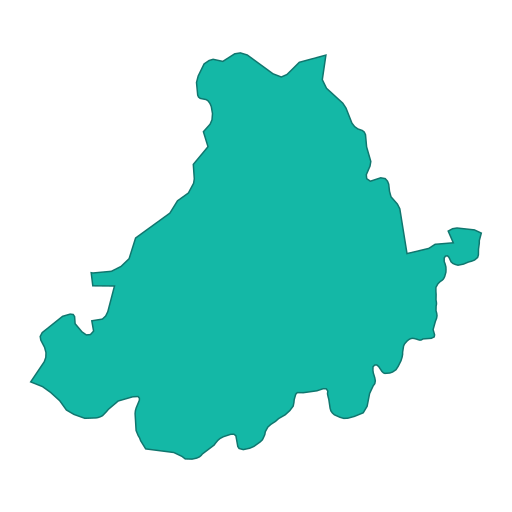 the Autonomous Community of Ávila
{"feature_id": "ESP-5806", "entity_name": "Ávila", "entity_type": "Autonomous Community", "adm_level": 1, "iso_a3": "ESP", "parent_name": "Spain", "parent_adm1": "", "projection": "mercator", "projection_center": [-4.824, 40.625], "detail": "fine", "context": "isolated", "style": "filled", "palette": "teal", "viewbox_px": 512, "rotation_deg": 0, "n_neighbors": 0, "source": "natural_earth", "source_scale": "10m", "svg_char_len": 3119}
<svg xmlns="http://www.w3.org/2000/svg" viewBox="0 0 512 512"><path d="M343.8,418.4L340.0,417.3L334.4,414.8L332.4,413.0L330.9,410.9L330.1,408.2L328.8,399.3L328.1,396.7L327.5,393.8L327.8,391.1L326.3,388.8L323.2,388.7L316.9,390.8L303.3,392.7L297.3,392.6L295.7,394.3L294.2,399.6L293.9,402.6L293.2,406.1L289.8,410.6L285.2,414.8L278.7,418.5L275.7,421.2L270.8,424.4L267.8,427.1L265.3,431.7L264.8,434.6L263.6,437.3L262.4,439.8L260.2,441.9L253.9,446.4L249.8,448.2L243.3,449.6L239.1,448.5L237.8,446.5L235.9,435.8L233.9,434.2L230.7,434.3L223.4,436.7L220.0,438.5L217.8,440.4L215.3,443.4L214.2,445.0L202.3,454.0L201.2,455.4L199.4,456.9L196.7,458.1L192.1,459.1L185.2,458.9L182.0,456.4L173.8,452.5L145.7,448.9L140.7,440.8L139.6,437.9L138.2,435.6L136.1,430.5L135.1,413.6L135.4,410.7L136.2,407.9L139.4,400.2L139.4,398.1L138.0,396.5L132.7,396.8L118.2,401.0L108.4,409.3L106.4,411.7L102.5,415.7L100.2,416.8L97.8,417.6L96.0,417.9L84.8,418.3L73.9,414.4L66.4,410.0L59.7,400.7L50.6,392.4L42.5,386.6L30.7,381.9L44.3,361.7L45.8,357.4L46.0,352.7L44.6,347.4L40.8,340.1L40.2,336.5L42.2,332.6L62.6,316.3L70.2,314.1L73.2,314.5L74.6,316.6L75.1,323.7L82.0,331.9L86.3,334.9L90.4,334.6L93.6,331.1L91.8,320.8L102.4,319.1L105.7,316.0L107.8,311.7L114.5,286.0L92.8,285.8L91.2,272.7L92.9,273.0L111.4,271.3L121.1,266.4L129.1,258.7L135.6,238.0L169.9,213.1L177.5,200.8L188.4,193.0L193.6,183.3L194.3,178.9L193.3,164.4L208.0,146.7L203.4,131.7L210.1,124.2L212.0,119.8L212.5,113.6L211.3,106.6L210.0,103.5L208.1,100.9L206.2,99.6L200.2,98.4L198.5,97.0L197.7,95.1L196.5,82.5L198.2,76.0L204.1,63.9L209.1,60.5L213.1,59.3L222.8,61.4L234.7,53.8L240.4,52.9L247.3,55.0L273.0,73.8L281.3,77.0L287.0,74.5L299.3,62.3L325.9,55.1L322.3,79.7L326.5,88.3L342.8,103.2L346.0,108.1L351.9,123.1L354.6,126.6L357.8,128.9L362.3,130.5L364.2,132.0L365.5,134.7L366.6,146.9L370.8,161.5L370.0,166.1L366.3,174.7L366.7,178.7L370.4,181.2L380.7,177.8L385.2,178.6L387.5,181.2L388.7,184.2L389.5,191.3L391.0,196.8L397.4,204.1L399.8,208.8L407.0,253.6L428.8,248.4L435.1,244.3L453.3,242.8L448.2,231.1L452.6,228.7L457.0,228.0L474.4,229.9L481.3,233.1L479.3,240.6L479.3,243.1L478.5,249.2L478.4,254.9L477.6,257.5L474.6,260.0L471.6,261.2L468.5,262.0L463.5,264.1L458.0,265.2L455.4,264.5L453.0,263.5L451.1,261.9L449.0,257.4L447.5,255.8L445.4,256.1L444.2,258.0L444.2,261.5L445.2,264.2L445.9,267.0L446.0,269.6L445.9,272.2L444.7,276.5L444.1,277.8L443.3,279.1L442.2,280.2L440.0,281.7L437.9,283.8L435.9,287.4L435.9,291.3L436.1,294.5L436.0,300.0L436.4,302.2L436.5,304.0L436.1,306.1L436.0,310.7L436.7,313.2L437.0,315.7L436.6,318.2L435.4,321.3L433.1,329.6L434.6,334.9L434.2,336.9L431.3,338.3L423.2,338.9L421.1,340.0L419.8,340.1L418.2,339.7L416.5,339.1L414.2,338.5L412.3,338.3L410.5,338.7L408.8,339.6L407.2,340.9L404.7,343.7L403.6,345.9L402.6,352.2L402.6,354.4L402.1,357.1L401.0,360.7L398.2,366.3L396.0,369.7L392.6,372.0L389.8,373.0L384.9,373.4L383.5,372.9L381.9,371.4L378.7,366.6L376.7,364.9L374.6,365.1L373.0,366.8L372.9,370.2L373.3,373.0L374.8,377.9L375.3,380.9L374.8,383.6L373.2,385.8L369.6,393.5L367.1,406.3L363.2,412.8L354.4,416.4L347.8,418.2L343.8,418.4Z" fill="#14b8a6" stroke="#0f766e" stroke-width="1.5"/></svg>